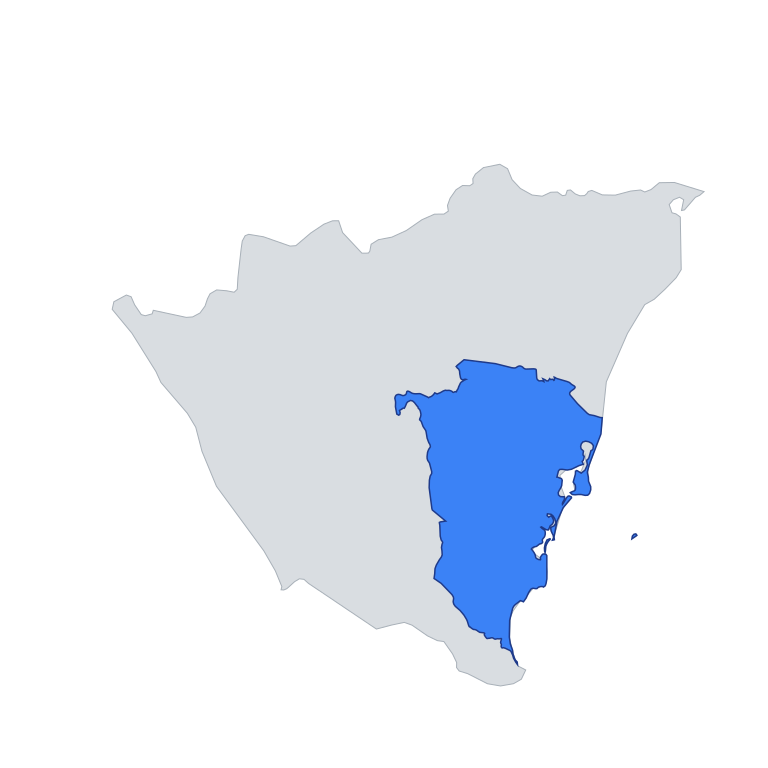 location of Atlántico Sur within Nicaragua, rotated 14°
{"feature_id": "NIC-644", "entity_name": "Atlántico Sur", "entity_type": "Autonomous Region", "adm_level": 1, "iso_a3": "NIC", "parent_name": "Nicaragua", "parent_adm1": "", "projection": "orthographic", "projection_center": [-84.133, 12.113], "detail": "fine", "context": "in_parent", "style": "filled", "palette": "blue", "viewbox_px": 768, "rotation_deg": 14, "n_neighbors": 0, "source": "natural_earth", "source_scale": "10m", "svg_char_len": 8334}
<svg xmlns="http://www.w3.org/2000/svg" viewBox="0 0 768 768"><g transform="rotate(14 384 384)"><path d="M648.0,119.9L644.7,124.5L641.0,127.5L633.4,142.4L630.7,143.7L630.2,132.7L625.6,131.3L620.2,135.2L617.3,140.9L622.0,148.2L626.1,148.3L631.1,150.3L644.7,201.1L641.8,210.2L633.6,224.3L625.7,236.4L617.8,243.9L608.0,276.0L599.2,328.1L605.8,374.9L602.6,418.2L605.5,428.4L606.3,441.1L599.7,443.4L596.0,443.1L592.2,435.3L592.6,428.4L596.5,420.3L598.1,409.4L596.2,403.7L592.4,416.1L585.6,421.7L581.1,423.7L576.8,430.0L581.4,441.8L587.3,450.5L589.3,456.7L587.1,464.1L585.8,489.4L583.7,488.7L581.5,485.3L575.3,485.1L574.5,495.3L575.0,501.0L569.7,505.4L567.8,509.8L572.2,512.8L577.0,514.7L582.9,514.3L587.8,526.8L589.4,537.0L578.0,546.4L574.2,554.2L567.8,563.6L564.2,572.9L563.1,579.6L567.5,600.7L575.3,615.6L581.9,625.1L590.7,627.2L588.7,637.2L582.1,643.5L570.1,648.8L556.9,649.8L535.2,644.8L526.4,644.3L523.0,641.6L521.9,636.7L515.8,629.3L504.4,619.4L497.9,620.1L487.2,617.9L469.5,611.2L461.3,610.4L449.6,616.1L435.9,623.6L403.0,611.7L379.9,603.3L359.1,595.8L353.6,592.9L349.0,593.5L345.1,597.4L340.5,604.3L339.1,606.2L336.6,608.1L333.9,608.6L333.9,605.3L323.8,591.6L307.7,574.9L246.2,523.8L223.7,493.4L211.8,471.5L200.3,460.0L167.2,436.5L159.7,427.1L127.1,395.7L102.2,377.3L102.0,369.5L112.5,360.0L117.5,360.5L122.9,367.5L131.7,375.4L135.9,375.5L142.1,372.0L142.3,368.3L176.0,367.2L182.1,365.2L188.3,359.6L191.5,351.7L192.1,344.0L193.4,338.5L198.9,333.2L208.8,331.6L216.4,331.2L218.7,327.6L216.5,315.9L212.7,287.5L211.9,279.6L213.4,273.7L216.5,271.5L231.4,270.3L259.5,272.9L265.0,271.1L276.5,255.1L287.1,243.4L294.6,238.1L300.5,236.6L307.2,247.1L330.9,262.4L335.0,261.4L337.3,260.6L338.1,258.5L337.7,251.5L343.7,245.3L356.1,239.6L368.5,229.7L381.1,215.4L391.9,207.0L401.1,204.6L404.6,200.7L402.4,195.4L403.2,187.8L406.9,178.1L412.2,172.4L419.2,170.9L421.9,167.9L420.5,163.3L421.9,158.2L428.2,149.9L443.2,142.8L451.8,145.2L458.9,154.8L469.0,161.3L482.0,164.8L492.1,163.5L499.4,157.6L505.8,155.8L511.6,158.1L514.6,156.8L515.0,151.8L518.0,150.6L523.6,153.3L528.6,154.0L533.0,152.7L534.7,150.3L535.6,147.8L538.8,145.9L550.1,147.7L562.7,144.8L576.7,137.1L586.0,133.7L590.6,134.6L596.1,130.7L602.4,122.1L617.0,118.2L648.0,119.9Z" fill="#d9dde1" stroke="#a8b0b8" stroke-width="1"/><path d="M603.9,363.9L606.6,380.0L602.6,412.9L602.6,420.1L603.0,421.3L604.8,424.9L606.0,428.9L609.4,433.6L610.2,436.7L609.9,440.5L608.6,442.6L606.1,443.4L602.2,443.5L599.3,444.2L596.2,445.3L593.4,445.7L591.0,444.4L591.9,443.5L594.4,441.7L595.1,440.9L595.2,439.5L594.7,437.5L594.0,435.8L591.3,433.4L591.5,425.3L590.9,422.2L591.5,421.9L591.8,421.4L592.6,421.4L596.9,422.8L599.9,418.9L600.9,413.3L599.3,409.5L599.3,408.6L600.3,407.4L600.7,405.7L600.9,398.7L602.2,397.4L602.5,396.6L602.1,393.2L599.8,391.3L596.5,390.5L593.4,390.7L590.9,392.2L589.9,394.5L589.9,397.0L590.9,399.2L593.5,400.7L593.8,400.9L594.0,403.4L594.2,404.3L594.7,405.2L595.3,405.5L595.8,406.0L595.9,407.3L595.9,409.4L595.6,410.3L595.0,411.2L595.5,411.8L596.8,413.7L593.0,416.0L586.5,421.4L582.6,423.1L577.4,423.7L575.2,424.4L574.3,426.1L574.3,432.5L574.9,432.4L575.9,432.5L577.4,432.8L578.4,432.7L579.2,433.0L580.2,434.2L581.0,439.7L580.5,442.4L579.7,444.9L579.3,447.3L580.2,449.5L582.4,450.6L586.3,449.8L586.9,451.7L586.8,453.0L586.1,455.4L586.0,456.8L586.3,457.6L586.8,456.5L588.7,450.1L589.5,448.5L590.6,447.8L593.0,448.2L593.5,449.1L587.8,460.6L585.1,475.3L586.0,491.3L587.0,493.9L586.1,494.4L585.2,494.8L585.7,492.2L584.9,490.1L581.8,486.3L580.5,483.2L581.6,481.8L583.3,480.6L584.3,477.7L583.7,475.6L582.1,473.2L579.9,471.1L577.6,470.0L574.0,470.4L574.1,472.3L576.1,473.4L577.6,471.7L578.6,471.7L580.6,473.9L581.5,475.2L581.8,476.8L581.4,478.9L579.5,481.6L579.3,483.6L578.6,486.0L576.5,486.1L571.4,484.5L570.8,485.0L572.3,485.9L575.3,487.1L576.0,488.1L576.5,489.4L576.8,490.9L576.8,492.6L576.6,493.7L575.5,496.0L575.3,496.9L575.5,497.6L575.9,498.3L576.2,499.1L576.0,499.9L575.4,500.7L574.1,501.3L573.6,501.6L571.4,504.5L570.7,505.0L569.6,505.4L568.4,506.3L567.4,507.4L566.9,508.5L568.5,509.6L570.4,511.3L572.1,513.3L573.2,515.7L574.0,516.3L575.2,516.7L576.5,516.9L578.3,516.7L578.4,516.1L577.9,515.3L577.7,514.3L578.5,511.9L579.2,510.7L580.3,510.2L582.3,510.1L583.5,511.1L589.2,533.8L589.5,538.2L589.4,539.8L589.2,540.8L588.8,541.5L587.8,542.4L587.6,542.1L585.8,542.4L584.2,543.0L584.0,543.3L583.1,543.7L581.9,545.5L580.7,545.9L579.3,546.0L578.1,546.1L577.1,546.6L576.1,547.6L574.8,551.4L573.7,557.3L572.0,561.6L569.4,561.2L568.7,561.2L564.8,566.2L563.7,568.1L563.1,570.3L563.1,582.9L566.8,599.2L569.5,605.7L573.2,611.3L574.3,614.4L577.3,619.1L578.3,620.1L580.5,621.5L581.4,623.9L579.3,622.2L576.1,618.8L574.4,615.9L572.1,613.0L571.4,612.4L570.5,612.1L565.7,611.1L564.3,611.0L563.5,611.0L562.6,611.5L562.3,611.5L561.8,611.2L561.3,610.6L561.1,610.1L561.0,608.8L560.8,608.1L560.2,607.5L559.7,606.7L559.6,605.6L559.7,603.3L559.7,602.9L559.5,602.7L559.2,602.6L557.5,603.4L555.7,603.7L553.6,604.7L552.6,604.6L551.4,604.2L550.7,604.0L549.8,604.2L549.3,604.4L547.9,605.2L546.9,605.5L545.8,606.0L545.3,606.0L544.7,605.6L543.5,604.7L542.1,603.3L542.0,603.0L541.9,602.7L542.0,601.6L541.6,601.4L540.8,601.3L537.0,601.8L535.4,601.3L533.4,600.5L532.3,600.3L531.5,600.3L530.3,600.5L529.7,600.4L527.7,599.7L526.5,599.0L526.0,598.9L525.7,599.0L525.2,598.6L524.6,597.9L522.1,593.8L521.0,592.4L517.5,588.9L512.7,585.4L507.0,582.5L505.9,581.6L504.8,580.5L503.8,578.6L503.6,577.0L503.5,575.5L502.8,573.8L500.9,571.9L487.7,563.6L479.6,560.6L479.1,555.8L478.2,551.0L478.3,549.4L478.6,546.9L480.3,541.0L481.5,538.1L481.8,535.7L480.6,531.8L479.3,528.7L479.1,525.4L479.3,523.9L479.0,523.1L478.2,522.3L477.2,521.5L475.4,518.1L472.3,507.5L471.5,505.8L471.2,504.9L472.2,504.1L477.0,502.1L461.4,494.6L460.6,493.3L452.9,473.7L451.3,466.3L451.1,462.2L451.9,459.4L451.5,457.5L447.3,449.8L446.5,449.0L445.7,448.3L444.8,447.4L443.9,445.9L443.3,443.8L442.8,439.8L443.0,437.7L443.3,436.2L444.0,434.5L444.2,433.8L443.9,432.9L443.2,431.6L441.6,430.0L439.0,426.2L436.4,420.2L435.7,419.0L432.2,415.8L429.3,411.5L428.6,410.9L427.2,410.1L427.1,409.2L427.4,407.2L427.3,404.9L426.7,403.4L425.7,401.4L425.0,400.5L424.3,399.9L423.2,399.3L422.2,397.7L421.6,397.5L418.1,394.7L415.8,393.5L413.6,393.6L411.2,395.7L410.6,397.1L410.1,400.6L409.6,402.5L409.3,402.4L408.2,403.0L407.4,403.8L407.4,404.1L407.0,404.4L405.4,405.9L406.6,407.9L406.7,409.8L405.8,410.7L403.7,410.1L400.6,403.3L399.7,399.1L399.2,397.7L398.0,395.3L397.9,394.1L398.1,392.9L398.5,391.9L399.4,391.1L400.4,390.6L402.2,390.4L403.6,390.6L405.0,390.7L406.2,390.3L407.6,389.1L408.0,387.9L408.0,385.9L408.4,385.3L409.6,385.1L410.7,385.3L412.8,386.0L414.1,386.2L415.6,386.1L417.3,385.8L420.6,384.8L421.8,384.7L429.0,386.0L430.6,386.5L431.1,385.9L432.6,384.9L433.3,384.2L434.6,382.3L435.4,380.3L437.9,380.8L440.6,378.9L443.2,376.4L445.0,375.2L446.4,375.1L448.7,374.4L450.4,374.4L451.9,374.8L452.6,375.3L453.3,375.4L454.6,374.4L455.3,374.1L455.8,374.2L456.1,374.1L456.4,372.3L457.0,370.6L457.1,368.8L457.9,364.7L458.4,363.6L461.0,360.8L462.4,359.7L462.1,359.7L461.4,359.8L459.8,360.7L459.1,360.8L458.3,360.8L458.0,360.7L457.5,360.3L456.7,359.4L455.0,355.7L454.1,353.0L453.1,351.8L452.7,351.4L451.2,350.7L450.3,349.9L449.8,349.6L450.6,348.1L455.8,341.1L487.1,337.3L504.0,337.3L506.4,337.0L507.9,336.4L509.4,334.8L510.7,333.9L511.6,333.6L512.4,333.6L513.3,333.7L514.0,333.9L514.7,334.2L515.6,334.8L517.0,335.2L518.1,335.2L525.5,333.1L527.1,332.9L528.0,333.1L528.4,333.8L530.7,341.1L531.2,342.0L531.9,342.8L532.6,343.0L533.7,343.5L536.6,342.6L538.5,343.0L537.5,341.2L536.9,340.5L539.2,340.9L541.0,341.6L542.5,341.3L543.5,338.7L544.3,339.3L544.9,339.3L546.0,338.7L546.8,338.7L547.9,339.4L548.3,338.9L548.2,337.6L547.5,336.2L548.8,336.4L549.3,336.7L551.1,336.9L561.0,337.3L563.3,337.6L564.5,338.1L565.5,338.7L566.7,339.2L568.8,339.8L569.8,340.3L570.2,340.9L570.1,341.6L569.9,342.3L569.4,343.0L567.1,345.8L566.7,346.6L566.4,347.3L566.4,348.0L566.5,348.6L566.8,349.2L567.3,349.7L576.5,356.3L588.4,363.3L590.6,364.1L595.6,363.8L601.7,364.2L603.9,363.9ZM580.3,507.5L579.3,504.2L579.1,499.7L579.9,495.8L582.4,494.0L582.6,494.1L582.8,494.2L582.8,494.4L582.7,494.8L581.9,496.1L581.1,498.1L580.5,500.4L580.3,502.4L581.0,506.9L581.1,508.6L580.3,507.5ZM662.0,474.3L661.8,471.5L662.9,469.3L664.6,468.5L666.0,469.6L665.5,470.4L662.0,474.3Z" fill="#3b82f6" stroke="#1e3a8a" stroke-width="1.5"/></g></svg>